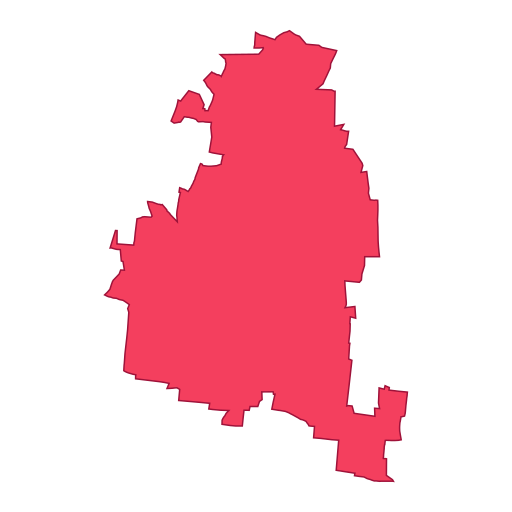 outline of Yaxcabá, Yucatán, Mexico
{"feature_id": "50627088B72724405563530", "entity_name": "Yaxcabá", "entity_type": "district", "adm_level": 2, "iso_a3": "MEX", "parent_name": "Mexico", "parent_adm1": "Yucatán", "projection": "albers", "projection_center": [-88.743, 20.484], "detail": "fine", "context": "isolated", "style": "filled", "palette": "rose", "viewbox_px": 512, "rotation_deg": 0, "n_neighbors": 0, "source": "geoboundaries", "source_scale": "gbopen_adm2", "svg_char_len": 5987}
<svg xmlns="http://www.w3.org/2000/svg" viewBox="0 0 512 512"><path d="M110.1,248.0L111.2,247.9L115.5,249.1L116.9,249.4L120.3,249.6L121.3,261.0L123.0,261.5L124.4,270.2L120.7,270.0L119.2,274.0L113.2,280.3L113.0,280.8L112.6,281.3L111.5,284.3L109.9,289.3L107.3,292.3L104.6,294.9L107.4,296.3L109.1,296.9L110.6,297.1L113.2,298.0L116.5,298.3L119.2,299.5L123.0,300.3L124.8,301.4L129.3,304.6L127.7,308.6L128.8,312.3L127.6,329.8L126.8,337.6L125.7,347.3L125.0,353.5L124.3,363.5L124.1,365.1L123.8,370.7L125.1,371.5L126.8,372.3L128.7,373.0L132.8,374.2L135.8,374.8L135.6,376.7L135.6,378.8L159.7,381.7L161.7,382.0L164.8,382.5L169.1,383.4L167.0,388.5L169.8,388.4L172.6,388.2L175.1,387.9L177.0,387.8L179.7,389.4L178.7,400.5L199.4,402.3L209.7,403.3L208.8,409.0L212.7,409.5L220.4,410.2L228.8,410.5L226.1,413.4L224.8,415.9L224.2,416.5L223.0,418.3L222.1,420.2L222.0,424.3L230.2,425.5L235.9,426.0L242.3,426.0L243.1,418.2L244.0,410.2L249.2,410.3L250.0,406.5L257.8,406.5L259.5,401.4L262.1,399.6L261.8,391.9L273.1,391.8L273.5,394.3L275.0,394.2L273.2,402.1L271.8,409.2L279.2,410.4L279.7,410.4L282.6,410.9L284.9,411.3L285.4,411.4L288.9,412.8L290.6,413.8L291.7,414.3L294.1,415.6L295.7,416.5L298.1,417.8L300.6,419.4L302.3,419.7L304.1,420.4L306.1,421.4L306.9,422.7L308.3,424.5L308.6,425.1L309.0,425.9L311.8,426.2L314.5,426.4L313.6,437.8L320.8,438.4L331.8,439.7L338.7,440.2L336.2,470.3L354.7,473.2L354.9,473.2L354.5,475.7L359.2,476.4L363.5,476.9L364.0,477.0L364.9,477.4L366.7,478.4L368.1,478.9L370.3,479.5L372.0,480.2L374.2,480.9L376.0,480.9L377.7,481.1L378.5,481.2L379.0,481.2L379.7,481.3L381.0,481.2L381.6,481.2L389.5,481.2L391.4,481.2L392.8,481.2L393.4,481.3L392.5,479.7L386.4,475.4L386.5,458.8L385.6,458.6L384.3,458.6L383.3,458.5L383.3,457.7L383.5,457.0L383.6,454.7L383.8,452.6L383.9,451.8L384.0,450.4L384.2,448.4L384.2,447.2L384.6,444.4L384.8,444.4L385.1,441.6L385.3,440.4L386.5,440.3L389.8,440.4L390.9,440.5L392.1,440.5L395.1,440.5L398.5,440.3L400.1,440.0L401.2,439.8L400.8,437.5L400.6,436.4L400.3,434.7L399.7,431.1L399.6,428.4L399.6,427.1L399.7,425.3L399.9,422.7L400.2,421.5L401.0,416.8L401.5,416.8L401.9,416.7L404.5,416.1L404.7,415.4L405.2,413.2L405.4,411.4L405.9,405.5L406.5,400.4L406.7,398.1L407.1,395.6L407.1,395.1L407.4,392.1L398.3,391.2L389.0,390.1L389.3,387.5L387.3,386.7L385.1,385.7L384.2,389.2L379.1,387.9L378.5,403.0L378.8,404.7L379.6,408.6L374.6,408.2L374.9,416.3L354.1,413.3L352.1,406.0L348.3,405.6L346.7,406.0L349.0,386.1L351.9,360.3L348.7,359.0L349.5,345.9L349.9,343.3L348.7,343.1L350.0,331.1L350.2,323.8L349.8,323.7L350.3,316.8L355.7,318.2L354.9,306.5L345.0,307.7L346.0,305.5L346.3,304.4L346.3,303.6L346.3,302.3L345.9,297.1L345.6,293.4L345.0,285.5L344.8,280.9L359.4,282.3L361.4,280.0L361.9,274.0L364.5,265.5L364.7,256.7L379.5,256.7L379.0,252.2L378.5,246.9L378.2,242.5L378.1,240.6L377.9,227.3L377.5,220.2L377.7,215.8L377.9,210.2L377.9,205.3L377.7,200.3L375.9,200.1L374.2,200.3L370.2,199.8L368.4,193.2L368.9,188.3L368.1,182.8L366.7,171.5L361.0,172.4L362.8,165.6L362.1,163.2L352.9,149.3L344.6,148.2L344.7,147.6L345.1,146.6L345.8,145.5L346.6,144.6L348.6,131.3L346.5,131.3L346.3,131.2L346.0,131.1L345.0,130.9L342.8,130.2L340.6,129.7L341.5,128.2L342.2,127.1L343.8,124.4L334.5,126.2L334.6,122.1L334.8,109.5L335.1,91.2L334.0,91.2L332.2,90.2L331.4,89.9L316.4,89.3L323.0,83.8L324.3,80.7L326.7,75.7L329.0,70.6L330.3,68.0L330.7,63.6L333.0,58.8L335.2,54.4L335.9,52.8L336.7,50.6L321.8,47.4L318.9,45.3L306.2,44.2L299.5,36.3L295.6,34.9L294.1,34.0L289.5,30.7L288.3,31.2L287.5,31.7L283.8,32.7L279.9,34.9L277.8,36.4L277.1,36.9L276.5,37.3L275.0,39.7L272.4,38.8L269.5,37.9L265.9,36.4L263.3,35.7L261.2,35.3L260.3,35.0L259.9,34.9L255.6,32.4L255.1,38.2L255.1,38.6L254.8,42.1L254.7,45.0L254.2,46.9L254.1,48.0L256.9,48.0L259.0,48.0L262.8,47.7L263.2,47.6L263.4,48.1L262.6,49.9L258.7,54.2L220.2,54.6L224.2,58.4L224.8,58.7L225.2,59.0L225.3,59.1L225.3,59.7L225.6,60.9L225.6,61.9L226.1,63.3L225.8,64.9L225.7,65.8L225.5,66.5L225.4,67.0L224.9,69.0L224.6,69.6L224.1,70.3L223.8,71.0L223.3,72.0L223.2,72.5L222.5,73.6L222.4,74.0L222.0,74.9L221.7,75.4L221.3,76.2L221.2,75.9L220.8,75.9L219.8,75.5L219.5,75.2L218.3,74.8L217.4,74.7L217.2,74.8L216.9,74.8L216.1,74.2L215.4,74.1L215.2,74.0L215.0,73.6L214.8,73.5L213.8,73.1L213.0,73.0L212.5,72.6L212.0,72.3L211.8,72.0L211.6,72.2L203.7,80.3L205.4,82.5L206.4,84.4L206.9,85.5L207.6,86.6L210.4,89.4L211.7,91.7L213.0,93.2L214.0,94.2L213.8,95.3L212.7,99.8L212.2,101.2L210.2,105.7L209.4,107.0L208.1,110.7L206.8,110.6L205.0,110.7L204.8,108.7L204.1,108.6L202.8,108.6L204.1,104.7L200.9,97.8L199.3,94.4L188.8,90.7L182.0,99.3L180.7,101.1L178.1,100.0L177.7,102.3L177.3,104.0L176.6,106.8L175.0,111.3L171.1,121.0L174.1,123.1L178.2,122.4L178.7,122.1L179.5,122.3L180.6,122.0L184.3,116.7L187.2,117.2L188.9,117.3L191.4,118.0L193.5,118.4L196.2,119.5L197.6,121.3L198.5,121.8L203.1,121.6L205.1,122.0L211.4,122.4L210.8,127.3L211.8,137.1L209.3,152.0L212.7,152.9L223.6,154.8L223.3,155.1L222.3,156.9L222.4,157.1L222.3,157.8L222.3,158.2L221.3,162.2L221.2,163.9L221.2,164.1L216.7,165.7L211.2,166.2L207.9,166.2L202.9,165.6L202.4,164.6L202.0,164.1L201.5,163.9L200.5,163.6L198.7,167.7L198.5,169.1L195.2,177.6L195.0,178.9L194.5,180.1L193.8,181.2L193.1,183.2L192.5,184.3L191.3,186.4L190.9,187.6L190.4,188.3L189.8,188.8L189.0,190.3L188.1,191.5L186.1,190.3L185.3,189.8L184.1,189.2L182.2,188.9L181.9,188.6L181.5,188.4L181.3,188.3L179.7,187.7L179.0,192.2L180.4,192.5L178.7,199.9L178.7,201.2L178.3,202.6L178.2,203.0L178.1,204.2L177.5,208.0L177.0,210.9L176.8,213.4L176.7,215.6L177.0,217.5L177.0,218.0L177.3,221.8L170.1,214.3L169.8,213.5L167.8,211.7L167.7,211.4L167.0,211.0L166.7,209.7L162.2,204.5L161.0,204.9L160.1,204.4L158.4,204.3L156.3,203.6L152.3,202.1L147.6,201.5L147.7,202.8L148.7,206.3L149.2,208.4L149.6,209.3L150.6,211.6L152.1,216.1L151.2,217.1L150.8,217.2L144.5,216.7L142.9,216.9L142.5,216.9L140.7,217.9L137.0,218.8L135.3,232.5L134.6,239.5L134.6,240.0L134.5,240.4L134.4,241.4L134.2,241.9L134.0,242.3L133.7,245.1L117.0,243.9L117.1,230.6L115.5,230.5L110.1,248.0Z" fill="#f43f5e" stroke="#9f1239" stroke-width="1.5"/></svg>